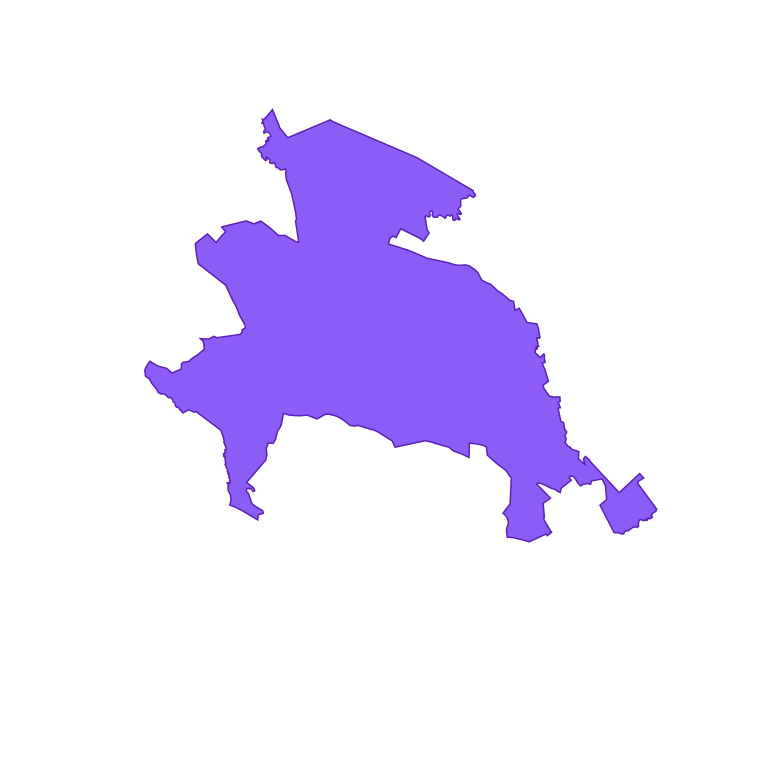 Kaives pag., Vecpiebalgas, Latvia (Natural Earth projection), rotated 228°
{"feature_id": "27541924B86387846906817", "entity_name": "Kaives pag.", "entity_type": "district", "adm_level": 2, "iso_a3": "LVA", "parent_name": "Latvia", "parent_adm1": "Vecpiebalgas", "projection": "natural_earth1", "projection_center": [25.604, 57.037], "detail": "fine", "context": "isolated", "style": "filled", "palette": "violet", "viewbox_px": 768, "rotation_deg": 228, "n_neighbors": 0, "source": "geoboundaries", "source_scale": "gbopen_adm2", "svg_char_len": 6171}
<svg xmlns="http://www.w3.org/2000/svg" viewBox="0 0 768 768"><g transform="rotate(228 384 384)"><path d="M108.3,501.7L108.2,502.8L138.4,505.9L138.7,505.4L141.6,507.4L140.3,514.1L146.4,514.0L145.8,486.1L187.7,485.4L189.9,485.8L195.4,485.2L194.9,482.1L190.9,479.9L188.7,479.5L198.4,478.5L203.4,483.5L210.0,479.8L212.6,480.1L214.2,479.1L219.3,479.4L221.4,482.8L224.4,483.7L226.1,487.7L229.7,488.1L235.1,491.6L237.9,490.4L249.6,497.2L248.4,499.2L253.8,501.3L253.2,503.3L256.7,506.0L260.7,501.4L264.3,498.8L273.2,499.8L276.7,501.2L276.0,508.0L287.0,513.3L291.4,514.6L293.6,515.8L292.2,518.1L295.8,520.3L298.0,522.7L299.3,522.8L299.1,517.9L306.0,517.3L307.6,518.9L308.0,520.2L309.1,520.7L307.7,521.3L308.0,522.0L309.9,522.5L308.4,524.1L310.4,524.6L311.6,525.9L313.3,526.8L314.3,526.8L315.2,528.3L315.8,528.2L315.9,528.7L315.2,529.5L314.0,530.0L314.9,531.1L314.6,531.3L322.3,536.1L326.4,537.8L334.0,531.5L349.8,535.2L351.1,530.6L358.7,535.6L361.9,533.5L371.0,532.4L378.2,530.6L387.1,530.0L389.1,528.7L395.0,526.4L397.9,526.6L403.5,528.3L408.2,528.0L414.6,526.4L417.8,524.4L421.7,519.5L424.4,517.0L431.8,512.4L448.6,500.2L465.9,492.2L485.2,480.9L488.5,486.4L487.6,489.9L484.7,490.9L488.2,500.3L468.4,508.1L463.6,509.0L466.0,518.6L470.0,519.3L481.1,526.7L480.9,528.1L478.5,528.7L477.8,530.3L481.1,533.1L481.4,534.3L480.5,535.1L479.4,535.3L478.7,534.8L477.2,532.7L474.6,532.6L472.1,535.3L472.9,537.2L472.4,538.4L469.6,539.8L466.4,540.3L466.3,541.2L467.4,543.6L466.3,544.8L464.6,545.3L464.7,547.5L463.3,547.7L460.5,545.4L459.2,545.1L458.7,545.4L458.2,546.8L458.8,548.0L455.7,549.8L455.4,550.4L456.2,551.0L460.0,551.4L461.3,552.2L461.2,553.2L458.9,554.2L458.5,555.1L459.3,555.7L464.2,556.1L464.7,556.8L464.7,559.9L469.2,563.9L469.8,565.3L466.8,570.2L466.9,572.2L467.7,573.1L466.8,573.9L463.0,575.1L462.8,577.8L464.2,578.7L466.5,578.6L468.0,579.6L530.3,559.9L613.0,521.6L616.3,520.8L631.4,477.3L645.1,478.0L645.6,478.7L662.6,484.7L661.1,474.4L661.4,473.8L660.3,472.8L660.6,472.0L662.3,470.8L659.8,469.7L659.9,468.1L659.6,467.8L659.0,467.9L658.6,468.9L658.1,468.9L655.9,467.4L653.3,466.8L652.8,466.2L652.5,464.2L651.0,462.7L650.4,463.0L650.3,465.3L648.0,466.7L647.1,466.8L643.8,465.8L643.8,464.7L644.8,462.9L642.1,461.4L642.5,460.9L643.7,461.0L642.5,459.7L643.7,459.2L643.7,458.6L641.6,457.2L641.2,455.3L641.7,452.2L642.9,450.4L642.8,449.0L643.5,448.1L643.2,447.5L639.8,447.0L637.4,447.4L634.9,445.2L629.7,445.4L629.1,445.7L629.0,447.1L631.0,447.7L631.3,448.2L630.9,448.6L626.9,449.4L625.4,447.5L624.7,447.2L622.9,448.1L622.4,448.8L622.5,450.1L621.7,450.8L617.1,448.8L615.2,450.1L612.4,450.2L610.4,453.2L610.1,454.5L608.6,454.2L606.8,453.0L606.9,452.2L601.2,448.2L586.8,442.5L571.2,433.5L564.8,429.1L564.5,427.4L546.4,415.5L549.4,413.5L560.9,409.7L564.9,405.0L577.1,403.6L587.5,401.5L590.1,394.4L597.4,390.8L609.2,368.8L609.2,368.4L603.0,368.2L603.0,364.8L601.6,353.9L613.7,353.2L614.6,338.1L613.5,336.8L606.0,331.5L597.6,326.4L563.2,332.5L548.7,327.9L540.5,325.9L530.9,322.4L520.3,320.0L518.5,318.2L519.2,314.9L518.8,314.8L517.4,312.6L517.0,309.9L518.5,308.8L519.0,307.4L530.2,290.8L533.3,289.4L534.7,283.9L540.6,277.9L536.3,278.1L530.2,274.0L530.3,266.0L531.4,258.7L531.5,253.9L534.5,249.2L534.6,247.9L534.3,246.9L531.4,243.8L530.9,242.6L531.1,241.9L532.0,240.0L534.0,233.8L540.9,233.0L548.7,227.9L557.6,225.2L555.7,218.1L554.4,215.6L549.5,212.0L544.3,213.0L540.2,211.9L533.7,211.6L528.4,210.6L525.4,211.8L525.0,213.1L523.4,213.9L521.1,214.7L518.6,214.5L517.4,215.3L516.8,216.5L513.7,216.4L512.1,215.4L509.6,216.0L508.2,214.6L505.4,214.4L504.4,215.5L500.9,215.1L500.1,215.8L499.0,215.1L497.0,215.3L495.7,221.0L495.3,221.6L490.1,224.1L489.2,225.9L458.8,231.8L451.9,229.1L448.1,226.7L448.1,226.1L442.3,224.0L440.6,222.5L440.5,221.8L441.3,221.5L439.7,220.3L439.6,219.6L438.8,219.3L439.0,218.1L439.4,217.9L438.2,217.3L437.8,216.6L437.3,216.4L437.0,217.1L436.0,217.2L435.2,216.4L435.5,216.3L433.6,215.2L433.1,214.4L431.4,213.8L430.6,212.1L428.8,211.8L427.7,210.9L425.8,210.8L423.5,208.9L422.1,209.3L421.8,208.6L421.3,208.7L420.8,208.2L421.3,207.8L419.0,207.4L418.7,206.2L417.2,206.0L415.4,205.0L415.4,204.5L414.3,204.3L414.3,203.6L413.4,203.2L414.4,202.5L414.4,202.1L415.2,202.0L415.5,201.2L412.5,200.5L412.0,199.3L409.7,197.2L403.8,195.4L399.8,192.3L397.2,188.4L391.8,191.2L384.1,194.1L367.6,199.2L371.0,203.1L368.6,207.8L371.0,209.1L377.8,206.9L383.6,205.8L393.7,210.1L396.1,209.7L398.2,212.0L396.7,214.0L396.2,213.8L394.8,215.2L391.6,214.8L391.2,216.6L394.2,217.6L402.8,216.1L406.6,245.3L410.0,249.8L410.3,249.7L410.7,250.4L415.1,253.4L416.4,256.6L417.9,258.0L414.1,262.1L415.6,266.9L416.4,267.6L420.0,273.1L421.6,278.5L422.9,281.1L429.4,289.5L424.5,292.6L419.8,297.0L416.9,300.0L412.2,306.1L402.9,310.8L400.7,320.2L398.1,323.2L391.7,327.3L384.9,329.6L375.8,331.1L372.8,333.6L370.4,337.1L358.4,344.3L357.2,345.4L352.0,347.6L336.1,352.0L329.6,350.0L314.3,376.6L307.1,381.8L306.7,381.6L293.7,389.9L287.7,390.8L280.0,394.9L272.6,398.0L276.4,401.9L283.1,407.8L276.7,413.4L271.9,416.7L268.8,418.0L262.0,413.2L249.4,414.6L237.9,416.8L231.2,415.7L229.2,416.2L227.6,414.1L225.5,412.4L210.5,397.4L208.4,386.1L202.9,386.2L198.6,384.4L197.2,383.0L193.9,377.5L187.6,373.1L184.3,376.5L175.5,382.7L169.6,386.3L164.5,402.6L163.7,404.3L162.0,403.9L161.7,410.1L162.4,408.2L163.1,409.4L175.8,412.0L177.8,413.1L177.5,413.9L188.8,422.4L187.7,431.3L207.3,430.5L207.3,432.1L206.5,433.1L201.9,435.7L193.6,438.9L191.8,440.4L187.4,441.5L185.5,442.4L188.0,446.2L187.2,458.7L190.9,459.1L190.6,461.5L187.8,463.1L181.0,461.9L176.9,461.8L176.3,463.4L176.3,465.3L175.1,466.3L174.3,468.3L171.2,470.4L173.1,473.4L167.5,482.6L160.2,480.5L149.2,472.1L149.4,463.4L119.8,455.6L118.3,456.6L117.2,458.3L113.0,460.6L112.2,462.1L113.4,463.9L112.6,466.1L111.4,467.3L111.6,469.2L111.1,470.1L111.0,472.9L110.0,474.1L109.7,475.4L107.9,476.4L108.0,478.1L109.4,479.0L111.4,481.3L112.0,482.9L111.4,484.2L109.2,485.2L109.4,485.6L108.4,486.2L108.3,486.8L107.6,487.1L107.8,488.0L106.9,488.3L107.6,489.0L107.0,489.2L107.6,489.8L107.0,490.4L107.5,490.9L106.1,491.3L105.4,492.7L105.5,494.4L107.5,494.5L107.4,495.1L108.1,496.4L107.9,497.0L108.2,497.8L107.4,501.0L108.3,501.7Z" fill="#8b5cf6" stroke="#5b21b6" stroke-width="1.5"/></g></svg>